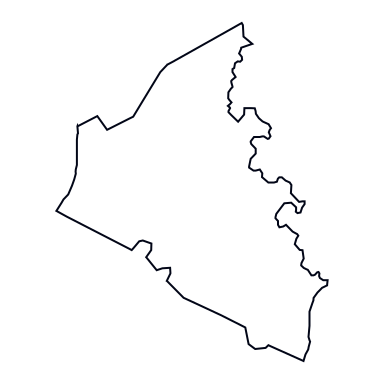 the district of Niamina West, Central River, Gambia, rotated 270°
{"feature_id": "56634734B81557661921178", "entity_name": "Niamina West", "entity_type": "district", "adm_level": 2, "iso_a3": "GMB", "parent_name": "Gambia", "parent_adm1": "Central River", "projection": "orthographic", "projection_center": [-15.252, 13.578], "detail": "fine", "context": "isolated", "style": "outline", "palette": "ink", "viewbox_px": 384, "rotation_deg": 270, "n_neighbors": 0, "source": "geoboundaries", "source_scale": "gbopen_adm2", "svg_char_len": 2808}
<svg xmlns="http://www.w3.org/2000/svg" viewBox="0 0 384 384"><g transform="rotate(270 192 192)"><path d="M339.7,251.1L340.1,252.3L347.4,243.5L358.9,242.9L361.0,241.7L347.2,217.2L331.8,189.8L327.2,181.6L323.4,174.8L322.9,174.0L319.5,167.6L319.5,167.4L319.3,167.3L317.0,165.1L311.9,160.3L284.8,143.8L267.3,133.2L265.7,129.9L254.2,107.1L267.9,97.3L257.7,77.6L258.0,77.5L257.7,77.4L250.6,78.0L249.6,77.4L244.4,76.9L228.7,76.9L219.0,76.9L214.6,75.8L212.4,75.6L210.3,75.8L204.5,74.2L198.3,72.0L193.9,70.1L189.5,68.2L184.6,63.5L181.3,61.6L173.4,56.6L173.1,56.4L167.4,66.7L134.9,129.9L134.6,130.4L133.9,131.7L134.6,132.3L135.1,132.8L138.4,135.6L142.7,139.2L143.5,142.8L141.7,147.9L140.5,151.4L133.9,151.2L126.8,146.2L126.7,146.3L113.8,156.7L115.7,162.4L116.1,168.5L116.2,170.1L111.5,170.4L110.8,170.4L110.5,170.4L103.1,166.8L103.0,167.0L86.2,183.6L78.6,200.0L75.2,207.3L70.1,218.2L69.1,220.4L65.9,226.8L63.2,232.1L56.9,244.6L56.5,245.3L39.9,248.6L35.2,254.9L35.0,255.2L36.1,265.6L38.8,268.4L37.9,270.3L23.0,303.5L24.0,303.8L29.6,305.5L34.5,308.2L37.2,308.7L42.4,310.1L43.5,309.6L47.1,308.5L49.2,308.7L58.2,309.5L67.8,309.5L72.4,309.5L81.2,312.5L83.6,313.4L86.1,313.6L91.5,317.5L93.7,319.7L96.2,322.1L97.0,323.8L98.0,325.8L98.6,327.1L99.0,327.1L103.8,327.6L103.8,323.2L106.0,319.9L107.9,319.1L110.6,319.4L112.0,318.5L111.7,317.2L109.3,315.0L108.7,313.6L108.7,311.4L114.2,307.8L114.7,306.5L116.1,303.7L117.2,302.6L118.5,301.2L119.1,301.2L121.0,301.5L125.4,303.7L133.8,302.5L134.1,299.7L135.5,298.5L139.8,294.8L145.3,296.4L148.3,298.3L149.9,297.2L150.8,295.5L152.4,292.6L159.2,286.0L157.5,283.2L156.7,279.4L159.2,278.0L163.0,278.0L165.7,275.5L166.8,275.5L170.1,276.3L180.7,284.3L181.3,291.2L176.7,296.1L175.6,296.1L174.2,296.1L172.3,295.8L170.9,297.5L171.5,300.5L176.4,302.1L179.9,304.6L182.7,304.6L182.7,303.7L182.7,302.7L182.1,299.1L190.8,290.9L199.0,291.4L201.1,290.0L201.5,289.8L203.4,285.6L206.7,281.8L206.7,281.5L206.7,279.3L205.3,277.9L202.3,276.9L201.5,274.1L201.5,268.3L206.9,262.0L210.7,262.3L214.5,259.8L213.4,255.7L213.4,253.5L216.4,249.1L217.5,249.1L225.2,250.7L230.4,255.7L235.3,255.7L239.9,251.3L241.8,250.7L242.6,250.7L247.0,254.0L247.0,259.8L247.6,262.3L247.6,263.9L245.1,267.7L245.4,268.8L247.8,270.5L249.2,269.9L251.7,268.8L254.1,269.7L255.8,271.0L259.8,268.6L262.0,263.7L262.6,262.5L265.8,258.9L270.2,255.9L272.9,255.6L275.7,254.8L275.9,250.1L275.9,244.4L269.4,244.1L262.3,238.1L269.1,231.1L271.8,228.5L272.9,228.5L275.9,230.1L276.5,229.8L278.1,227.9L279.7,229.8L281.6,231.5L284.1,229.3L285.7,228.2L291.7,228.4L295.3,230.9L296.9,232.5L297.5,232.5L301.3,231.4L302.9,231.2L304.0,232.0L307.0,235.6L311.9,232.5L314.9,232.5L316.0,234.2L320.7,235.0L322.6,237.7L322.3,240.2L324.2,242.1L327.2,241.8L330.5,239.1L334.9,241.0L336.3,241.2L339.7,251.1Z" fill="none" stroke="#020617" stroke-width="2"/></g></svg>